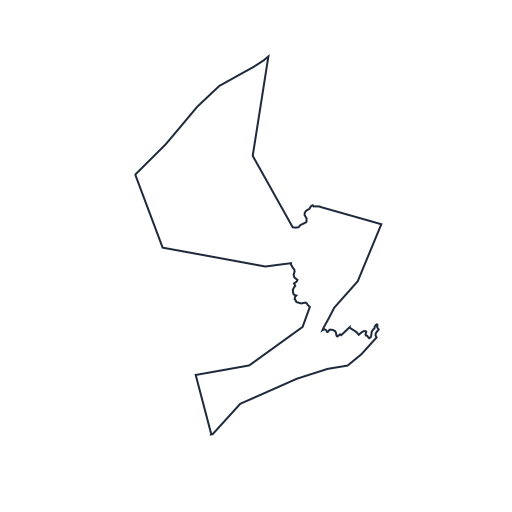 the district of Marc, Castries, Saint Lucia, rotated 213°
{"feature_id": "8701671B40300568900689", "entity_name": "Marc", "entity_type": "district", "adm_level": 2, "iso_a3": "LCA", "parent_name": "Saint Lucia", "parent_adm1": "Castries", "projection": "equal_earth", "projection_center": [-60.964, 13.958], "detail": "fine", "context": "isolated", "style": "outline", "palette": "slate", "viewbox_px": 512, "rotation_deg": 213, "n_neighbors": 0, "source": "geoboundaries", "source_scale": "gbopen_adm2", "svg_char_len": 1831}
<svg xmlns="http://www.w3.org/2000/svg" viewBox="0 0 512 512"><g transform="rotate(213 256 256)"><path d="M367.2,401.7L378.8,379.8L379.3,378.9L380.2,375.4L381.5,370.1L382.7,365.1L385.0,355.8L385.7,352.7L386.6,349.2L389.6,324.2L392.5,301.1L392.8,299.5L393.1,298.0L401.5,259.0L401.2,258.2L338.9,212.2L338.5,212.3L242.4,252.3L222.7,269.1L222.1,268.0L218.8,266.2L216.5,265.5L215.1,263.9L214.3,260.8L212.2,258.9L208.2,258.5L208.0,256.6L209.2,253.7L206.8,252.3L207.0,250.4L206.7,247.7L204.8,245.4L203.6,244.4L202.0,244.3L200.7,244.8L201.0,242.9L200.0,240.8L199.5,240.8L196.9,239.4L193.4,240.5L192.3,240.8L190.2,242.8L189.0,244.0L187.2,243.8L186.3,243.2L184.4,242.8L183.1,242.6L178.3,221.9L202.1,160.5L241.8,123.4L196.6,82.3L196.5,81.9L195.3,83.0L188.7,123.5L155.0,175.2L134.5,200.3L119.5,214.0L114.1,231.0L110.5,253.4L110.9,253.6L111.1,253.7L112.5,254.5L113.4,256.2L113.4,259.0L113.1,260.0L113.2,261.3L114.9,261.9L115.8,262.5L116.3,263.8L116.9,264.6L117.5,264.4L118.0,263.1L117.9,261.4L117.2,259.7L117.7,258.3L117.7,256.3L117.5,255.0L115.9,251.8L115.6,250.4L116.3,248.7L117.5,248.9L119.3,249.7L120.5,249.2L121.5,249.8L121.9,251.7L122.4,252.7L123.1,252.7L124.7,251.7L126.0,249.2L126.9,245.9L130.2,246.9L138.6,246.9L138.7,247.1L141.4,236.1L142.8,236.1L143.3,234.3L144.1,232.8L145.0,233.0L147.2,235.2L148.7,236.1L151.4,235.8L153.8,234.6L154.3,233.6L154.3,231.8L154.8,231.0L156.1,231.6L157.5,232.0L159.0,231.7L159.8,230.0L160.3,232.9L161.0,242.8L162.2,255.4L159.9,270.6L156.9,290.4L157.0,290.6L168.2,350.9L229.1,332.1L229.5,332.3L234.8,328.9L236.1,329.4L237.0,327.7L237.0,324.4L238.6,321.4L238.7,319.0L237.6,316.8L234.1,315.1L232.5,312.5L232.3,311.7L233.9,308.9L235.6,306.2L236.0,303.3L238.0,301.5L240.9,300.1L313.3,338.2L354.3,430.1L355.1,427.6L356.0,424.5L361.0,413.3L367.2,401.7Z" fill="none" stroke="#1e293b" stroke-width="2"/></g></svg>